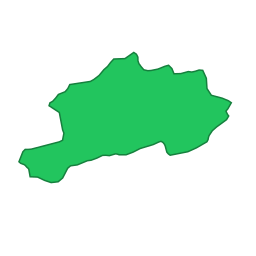 the Province of Afyonkarahisar, rotated 21°
{"feature_id": "TUR-2272", "entity_name": "Afyonkarahisar", "entity_type": "Province", "adm_level": 1, "iso_a3": "TUR", "parent_name": "Turkey", "parent_adm1": "", "projection": "robinson", "projection_center": [30.622, 38.521], "detail": "fine", "context": "isolated", "style": "filled", "palette": "green", "viewbox_px": 256, "rotation_deg": 21, "n_neighbors": 0, "source": "natural_earth", "source_scale": "10m", "svg_char_len": 1335}
<svg xmlns="http://www.w3.org/2000/svg" viewBox="0 0 256 256"><g transform="rotate(21 128 128)"><path d="M58.1,108.3L76.2,98.0L78.7,95.0L82.2,89.3L84.6,82.2L86.9,77.8L88.3,73.0L90.0,68.7L100.3,64.3L106.3,55.4L109.4,56.1L111.8,58.3L113.2,61.7L115.2,64.1L116.6,64.9L118.0,65.9L121.9,68.0L126.0,67.4L129.0,66.0L134.8,62.3L140.3,57.2L143.4,54.9L147.7,56.8L151.5,60.9L157.8,58.3L164.1,53.7L167.5,52.9L170.5,50.9L173.6,48.4L177.1,47.4L183.3,53.5L187.6,62.9L194.1,67.6L205.3,66.4L212.1,66.6L215.4,67.4L214.3,74.5L213.8,75.9L213.4,77.2L216.1,79.7L217.7,80.7L217.0,84.9L210.3,95.3L207.7,100.3L206.4,106.0L206.5,108.1L206.9,110.2L206.6,112.6L199.0,122.0L192.4,128.7L177.1,138.3L174.9,137.7L172.9,136.6L169.0,131.2L167.4,129.8L165.7,128.9L163.6,128.6L161.8,130.0L157.5,134.4L146.7,142.8L141.4,148.7L135.8,153.7L129.2,156.2L127.3,156.2L125.5,156.7L120.5,160.5L117.1,161.4L114.0,162.7L109.7,167.3L105.1,171.3L101.8,173.1L93.9,180.6L87.9,183.9L86.1,187.2L84.9,198.1L82.1,203.2L75.8,206.5L69.0,206.8L61.2,206.2L54.1,208.6L50.2,202.1L49.2,201.4L47.9,201.0L45.6,199.8L44.4,199.4L40.4,199.4L38.3,198.6L38.4,187.8L39.7,184.8L42.6,183.7L45.3,182.4L68.9,165.5L71.3,162.9L70.0,155.8L67.6,153.1L58.3,138.1L46.3,135.5L46.1,132.5L48.1,130.1L49.8,125.8L51.0,121.6L56.3,116.7L57.7,112.7L58.1,108.3Z" fill="#22c55e" stroke="#15803d" stroke-width="1.5"/></g></svg>